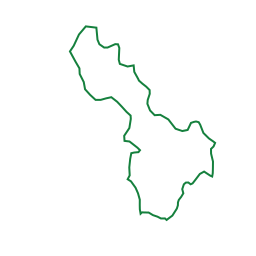 an SVG outline of Gostivar, rotated 38°
{"feature_id": "MKD-2962", "entity_name": "Gostivar", "entity_type": "Statistical Region", "adm_level": 1, "iso_a3": "MKD", "parent_name": "North Macedonia", "parent_adm1": "", "projection": "albers", "projection_center": [20.862, 41.749], "detail": "fine", "context": "isolated", "style": "outline", "palette": "green", "viewbox_px": 256, "rotation_deg": 38, "n_neighbors": 0, "source": "natural_earth", "source_scale": "10m", "svg_char_len": 1437}
<svg xmlns="http://www.w3.org/2000/svg" viewBox="0 0 256 256"><g transform="rotate(38 128 128)"><path d="M35.1,103.4L34.6,96.6L31.8,84.5L31.9,81.9L32.2,73.9L41.3,68.4L49.6,77.2L53.9,79.6L59.7,79.3L62.4,77.1L66.3,69.8L68.6,68.2L71.9,70.3L78.7,79.9L82.1,82.5L89.8,79.8L93.9,75.2L98.4,79.9L105.9,83.1L107.4,83.9L112.0,84.2L116.9,84.2L121.7,84.8L124.1,87.7L126.3,93.8L128.4,97.0L134.6,100.6L141.1,101.5L145.4,97.7L154.5,96.4L165.9,99.3L172.6,97.0L176.2,92.8L175.5,89.6L174.5,85.2L176.2,82.6L177.6,81.0L180.1,79.9L182.9,81.0L190.5,85.5L198.2,86.4L203.7,86.1L205.8,86.1L206.8,89.9L206.3,93.4L209.2,97.0L215.6,102.1L219.5,107.2L222.6,111.4L224.2,114.4L222.2,114.9L214.8,115.5L212.9,120.0L213.0,127.1L213.0,131.9L212.0,133.8L209.1,133.8L207.2,135.4L206.7,138.0L208.4,142.8L211.8,145.4L212.3,149.5L212.3,153.4L213.2,155.9L214.9,158.2L216.1,161.4L216.9,169.7L215.0,176.7L212.8,176.5L209.7,179.0L205.9,179.7L201.3,181.3L196.3,181.9L192.9,184.5L191.0,185.8L190.7,187.8L187.4,184.8L184.8,181.6L181.4,177.2L176.1,173.3L170.7,170.4L163.2,168.2L159.3,168.6L158.5,164.3L153.3,158.3L148.7,150.9L146.1,145.8L148.0,143.5L151.1,140.6L151.1,138.1L147.5,137.7L141.8,137.7L137.5,137.7L133.2,140.3L129.8,136.5L129.1,127.2L124.6,119.1L122.4,116.6L116.9,116.2L110.0,115.0L103.3,114.0L95.9,114.0L92.5,118.1L89.2,122.6L85.1,125.8L77.7,125.2L70.3,123.9L64.8,119.0L56.7,115.2L53.0,110.9L45.7,108.0L35.1,103.4Z" fill="none" stroke="#15803d" stroke-width="2"/></g></svg>